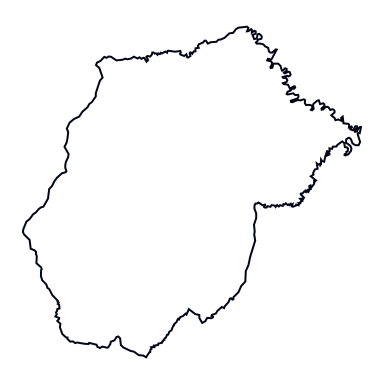 Mae Sai, Chiang Rai, Thailand (Mercator projection)
{"feature_id": "78962969B11376495373152", "entity_name": "Mae Sai", "entity_type": "district", "adm_level": 2, "iso_a3": "THA", "parent_name": "Thailand", "parent_adm1": "Chiang Rai", "projection": "mercator", "projection_center": [99.929, 20.361], "detail": "fine", "context": "isolated", "style": "outline", "palette": "ink", "viewbox_px": 384, "rotation_deg": 0, "n_neighbors": 0, "source": "geoboundaries", "source_scale": "gbopen_adm2", "svg_char_len": 5883}
<svg xmlns="http://www.w3.org/2000/svg" viewBox="0 0 384 384"><path d="M359.7,133.3L361.0,127.1L359.9,127.0L358.4,128.5L357.1,131.4L355.1,131.8L354.7,130.3L357.3,128.0L356.9,126.2L355.3,126.3L353.1,130.3L350.2,129.3L350.2,128.4L351.9,127.4L351.5,126.5L348.9,127.4L349.2,124.9L348.5,123.9L343.5,123.3L342.7,116.6L341.2,117.8L341.5,120.8L338.2,119.5L335.4,120.2L334.6,118.0L331.3,115.3L334.5,112.5L334.6,111.1L333.7,109.7L332.4,109.2L330.3,110.0L328.5,107.3L327.3,106.8L325.3,107.1L323.2,109.4L321.7,109.7L321.5,108.5L324.4,105.7L324.4,104.4L323.2,103.3L320.1,104.1L318.8,100.3L317.2,100.7L313.5,103.8L313.0,105.5L313.7,108.7L312.1,110.3L310.9,109.8L312.3,108.1L312.1,105.7L309.8,104.9L306.0,105.0L304.8,103.1L305.1,100.1L303.9,99.3L300.4,100.4L297.7,100.0L292.4,102.2L290.9,101.9L290.8,100.7L296.6,98.8L298.0,97.8L298.6,96.1L298.0,94.8L295.3,95.1L293.2,93.3L287.7,94.5L286.6,94.0L287.6,91.7L290.3,90.7L292.3,88.7L294.3,88.6L295.2,87.4L294.7,86.3L293.8,86.3L289.9,88.6L288.0,84.7L283.6,84.0L282.9,83.2L286.5,82.0L287.4,80.2L286.2,78.1L283.2,77.9L282.7,77.0L287.3,75.8L288.7,76.4L290.0,75.6L290.6,74.6L289.7,72.1L288.2,71.7L285.0,73.4L284.0,72.8L286.6,70.7L286.6,68.8L285.1,68.3L282.8,70.7L281.9,70.6L280.5,65.9L278.2,63.7L273.3,63.7L272.4,67.7L270.7,68.0L270.4,67.1L272.0,64.3L271.9,62.4L271.1,61.5L267.2,60.4L267.9,58.8L271.0,59.5L271.8,58.8L276.7,49.6L275.8,49.4L272.2,52.6L270.1,52.5L268.9,51.3L268.2,47.9L265.2,46.4L263.4,44.4L260.5,43.6L256.7,43.6L255.9,42.5L257.5,41.0L257.9,39.6L261.3,38.8L261.8,37.0L261.3,35.6L259.3,33.9L257.7,34.2L256.6,38.7L254.2,39.0L252.5,34.9L255.6,33.7L255.7,31.4L254.4,30.8L251.8,32.5L251.9,29.9L251.1,29.1L248.5,31.1L247.0,31.3L248.4,27.9L247.0,26.7L238.4,27.7L235.9,29.2L233.2,32.8L229.3,33.4L224.6,37.8L220.8,39.5L218.3,39.8L216.4,41.8L210.8,42.2L207.9,43.6L205.9,40.7L204.6,40.7L202.9,42.6L199.0,44.2L197.8,45.9L198.7,47.8L195.5,48.3L195.4,51.4L193.7,51.4L192.3,53.8L190.8,52.4L189.9,52.6L189.7,53.8L190.5,55.9L188.4,57.5L187.2,57.3L186.4,54.3L184.2,56.0L180.4,54.5L180.0,53.8L180.8,52.3L180.3,51.0L175.0,51.7L168.2,50.7L167.6,50.9L167.1,52.7L165.2,51.6L162.0,53.5L160.9,52.7L159.8,54.1L158.2,53.4L157.5,54.8L155.9,53.3L154.6,53.6L153.6,52.5L152.3,52.5L152.0,54.3L150.2,56.6L147.4,56.0L146.4,56.8L148.1,60.1L146.5,61.7L144.5,58.2L143.4,57.8L141.4,58.8L139.4,57.3L137.6,58.5L133.8,56.7L130.9,58.6L127.3,59.3L125.2,58.7L122.8,59.7L116.4,60.4L111.1,56.8L108.7,56.5L106.5,57.8L104.3,56.9L100.4,61.0L97.0,62.6L96.0,65.1L99.3,67.9L102.6,77.6L99.9,80.6L95.8,93.2L95.8,96.4L91.9,102.1L89.3,104.0L87.5,107.3L82.5,111.6L79.2,116.6L74.1,118.9L69.6,122.7L66.8,128.5L68.2,132.1L67.5,138.3L66.5,142.9L64.5,146.8L68.6,154.1L68.1,157.3L65.9,161.9L65.3,164.9L65.3,167.9L66.4,171.3L65.7,172.2L61.9,173.3L56.9,177.8L54.3,181.4L52.1,185.9L49.2,189.0L48.0,198.6L44.1,205.5L43.2,206.8L40.9,207.4L38.6,209.2L35.9,212.4L33.0,214.4L29.8,218.9L26.4,221.6L23.2,229.6L23.0,232.1L24.0,234.4L29.6,239.9L30.7,248.7L34.5,250.3L36.1,251.9L35.9,253.8L36.8,256.3L36.4,263.2L41.2,267.4L41.7,269.4L41.1,270.2L40.9,276.0L42.2,280.2L46.3,284.4L47.4,287.8L49.2,289.1L52.4,295.2L57.8,300.8L57.5,301.7L58.7,302.6L57.8,304.0L59.1,304.8L59.5,308.5L57.3,309.1L57.1,310.9L56.0,312.4L56.8,314.2L55.4,316.5L59.2,318.0L59.1,319.0L57.3,320.9L60.4,323.8L59.9,327.3L62.3,334.0L66.0,337.4L67.5,337.6L67.4,338.9L70.2,341.6L72.9,341.4L75.2,343.1L77.1,342.5L84.6,343.8L88.5,344.0L89.1,342.9L96.5,344.7L97.5,346.9L100.1,348.0L102.2,346.6L107.2,347.7L108.2,347.3L110.3,344.1L110.8,341.7L114.5,340.3L116.5,337.0L118.3,336.5L120.1,338.3L120.9,345.1L123.3,347.4L130.3,350.8L134.0,351.7L138.7,355.1L143.4,355.6L146.1,357.3L149.5,352.1L150.2,352.0L150.4,349.7L151.6,348.8L151.0,347.2L153.5,347.0L153.7,346.1L154.6,346.9L155.1,345.4L158.1,345.0L158.3,343.6L161.9,342.8L162.3,341.4L163.1,341.3L163.6,340.0L164.4,339.8L164.4,338.7L165.9,337.5L167.0,334.9L168.2,334.6L169.3,331.7L171.4,330.4L173.1,326.1L174.1,325.3L174.0,324.4L176.6,321.9L177.8,319.1L178.4,318.7L179.0,319.4L180.5,316.9L183.0,316.1L185.6,313.6L186.5,314.5L188.9,309.2L195.3,314.1L199.3,315.0L199.3,317.9L202.2,322.9L205.3,321.2L207.2,317.9L211.5,318.2L212.7,317.6L213.1,316.7L211.5,315.9L211.9,314.9L215.9,313.5L217.4,310.9L221.8,307.0L224.1,308.1L224.7,306.4L228.6,302.0L229.9,298.6L231.1,298.3L232.4,299.6L233.4,299.2L233.5,297.1L238.4,292.3L241.3,285.9L245.3,281.6L245.8,271.0L248.4,265.3L250.3,256.4L255.2,240.6L254.2,234.5L254.7,231.6L254.0,224.7L256.2,218.2L256.2,213.4L254.4,208.5L254.5,205.5L255.4,203.6L257.2,203.5L258.5,202.5L262.7,205.3L265.0,204.6L265.2,205.2L264.0,206.0L264.2,207.2L264.9,207.5L266.5,207.5L267.6,206.2L270.4,206.8L271.6,205.1L274.7,205.6L275.6,207.0L277.1,205.0L278.8,206.5L280.0,205.2L282.8,205.9L283.4,204.2L284.6,204.5L285.8,203.3L287.7,205.0L288.8,204.4L289.4,205.1L290.8,203.8L291.3,204.9L292.5,204.2L291.8,206.4L293.1,206.7L296.0,205.5L296.2,204.6L298.5,205.3L298.4,204.4L299.9,203.5L299.1,203.0L300.3,202.8L300.5,201.9L302.1,201.1L300.1,198.8L302.3,198.6L303.0,199.3L304.0,197.6L300.7,194.4L300.8,193.6L302.7,193.3L304.4,191.3L305.7,192.0L305.8,190.7L308.2,192.1L309.0,190.8L308.1,189.8L310.4,189.2L309.5,188.1L309.3,186.0L310.5,185.4L311.0,188.0L314.2,183.8L314.0,182.0L315.1,181.5L314.4,180.6L315.7,180.2L310.8,176.3L313.5,174.6L313.1,173.1L314.7,169.6L317.6,168.7L316.8,163.4L318.3,164.6L319.6,163.9L320.2,165.3L321.0,164.1L321.1,159.6L322.1,161.1L324.1,161.7L325.4,156.3L329.5,154.4L329.5,153.7L327.9,153.0L327.7,154.7L325.7,155.1L327.1,151.1L329.2,151.7L329.8,150.9L329.4,148.4L332.2,148.8L332.8,146.7L336.4,146.5L337.4,144.9L342.2,141.4L344.2,143.0L344.9,147.0L347.3,147.6L348.0,148.5L347.7,151.2L346.3,151.8L346.3,153.7L344.7,154.1L344.5,155.0L345.4,155.4L348.2,154.4L350.9,151.1L351.4,148.3L350.2,145.6L346.0,142.7L346.2,139.4L348.3,137.9L349.5,137.9L351.0,139.3L352.5,143.4L355.3,145.2L358.6,145.2L360.1,142.0L357.6,134.0L358.2,133.0L359.7,133.3Z" fill="none" stroke="#020617" stroke-width="2"/></svg>